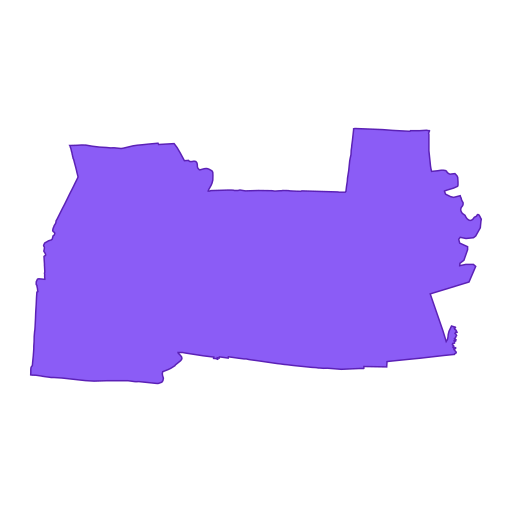 the district of Harsesti, Arges, Romania
{"feature_id": "2599482B5043651668423", "entity_name": "Harsesti", "entity_type": "district", "adm_level": 2, "iso_a3": "ROU", "parent_name": "Romania", "parent_adm1": "Arges", "projection": "albers", "projection_center": [24.789, 44.52], "detail": "fine", "context": "isolated", "style": "filled", "palette": "violet", "viewbox_px": 512, "rotation_deg": 0, "n_neighbors": 0, "source": "geoboundaries", "source_scale": "gbopen_adm2", "svg_char_len": 5857}
<svg xmlns="http://www.w3.org/2000/svg" viewBox="0 0 512 512"><path d="M420.2,358.2L443.7,355.5L454.5,354.4L454.6,353.8L456.2,352.8L456.1,352.0L454.0,349.6L454.4,349.1L455.3,348.7L455.7,348.1L455.6,347.7L454.9,347.9L453.6,348.1L452.9,347.1L453.3,346.8L453.7,346.9L453.9,346.8L453.7,345.9L453.1,345.5L452.4,344.6L452.7,343.5L453.2,343.6L454.5,343.1L454.5,342.2L454.1,340.5L454.5,340.4L455.6,341.0L456.0,339.7L454.5,338.7L455.8,337.1L455.8,336.5L456.6,335.6L456.0,334.4L455.0,333.4L455.6,332.5L457.7,332.3L457.1,332.2L456.1,331.7L456.4,330.9L455.8,329.9L454.8,329.4L454.3,328.1L454.7,327.9L455.1,328.0L455.5,327.5L455.4,327.2L451.5,326.0L449.0,331.3L448.2,334.6L448.0,337.0L447.5,339.4L446.2,341.5L442.9,330.7L430.2,293.9L469.0,282.0L475.7,266.4L473.4,264.4L465.8,264.4L459.7,265.7L459.9,263.3L463.9,260.3L467.6,249.7L467.6,246.7L459.7,243.1L458.7,239.3L460.2,237.3L466.0,238.5L473.5,237.7L475.7,236.0L480.3,227.8L480.9,221.5L481.3,219.1L480.7,218.3L480.4,217.4L480.0,216.7L479.4,215.6L479.0,215.0L478.5,214.7L477.8,214.5L477.3,214.8L476.5,216.1L475.9,216.5L474.4,217.2L474.0,217.7L472.9,219.2L471.6,220.1L470.8,220.4L469.8,220.4L468.7,220.0L467.1,218.8L466.0,217.3L465.0,215.3L463.6,214.3L462.5,213.5L461.9,212.8L461.5,212.1L461.1,211.3L460.8,210.4L460.7,209.4L461.0,208.2L461.3,207.4L462.4,206.0L463.0,204.8L463.1,203.3L463.1,202.8L462.8,202.2L461.9,200.6L461.6,199.9L461.3,198.9L461.2,198.2L460.6,197.1L460.2,195.7L453.6,197.4L450.5,196.6L445.6,194.2L444.5,191.5L444.5,191.0L447.3,190.0L453.6,188.1L457.6,186.3L458.0,185.1L458.0,182.0L457.7,177.4L457.1,176.0L455.7,174.4L454.9,173.6L451.4,174.0L450.1,174.2L449.3,173.9L448.2,173.3L447.5,172.6L447.2,172.3L446.7,171.7L446.6,171.3L445.7,170.6L444.0,170.3L443.2,170.2L441.4,170.2L439.9,170.4L437.3,170.8L431.6,171.4L430.9,168.5L430.5,166.0L428.9,150.7L428.9,134.4L428.6,133.2L429.5,130.8L429.3,130.6L428.1,130.6L426.9,130.3L425.9,130.3L419.4,130.7L410.4,130.7L409.9,131.3L392.8,130.4L382.7,129.6L354.9,128.5L353.6,128.8L353.6,129.8L352.4,140.8L351.7,146.0L351.7,146.8L351.2,150.2L351.0,154.6L350.2,158.2L349.7,160.9L348.7,170.7L347.5,178.2L347.3,181.4L346.5,186.5L346.0,190.9L345.9,191.4L345.5,191.9L345.2,192.2L338.9,192.2L338.3,192.0L336.1,191.9L301.8,190.9L300.9,191.3L296.2,191.2L290.1,190.9L288.2,190.6L282.7,190.5L281.9,190.7L279.2,190.8L274.9,191.1L271.9,190.7L258.3,190.5L245.4,190.9L239.9,190.0L238.0,190.5L234.4,190.5L233.4,190.2L231.5,190.1L227.4,190.1L210.9,190.6L209.5,191.1L208.2,191.1L208.2,190.9L208.7,189.6L211.1,185.3L212.0,183.2L212.8,180.1L212.9,175.5L212.8,172.5L212.5,171.7L211.9,170.8L209.2,169.3L207.7,168.7L206.4,168.5L204.9,168.6L203.5,168.9L199.8,169.9L199.2,169.6L198.0,168.4L197.4,166.9L197.3,164.7L197.0,163.1L196.5,162.3L195.8,161.5L194.6,161.2L193.4,161.2L192.3,161.5L190.8,161.6L189.6,161.4L188.7,160.7L188.5,160.4L184.4,160.7L180.2,152.9L177.1,147.6L174.1,143.6L158.6,144.5L158.0,143.2L148.4,144.1L141.8,144.8L137.4,145.2L133.2,145.8L123.2,148.2L121.1,148.5L114.1,147.8L110.3,147.9L106.8,147.5L99.5,147.1L92.2,146.2L85.9,145.1L81.6,145.0L76.9,145.3L69.8,145.5L70.0,145.8L70.4,147.4L70.8,148.3L71.3,150.4L71.5,151.3L71.7,151.9L71.9,152.5L72.2,154.4L72.4,154.9L72.6,156.2L73.0,157.6L73.1,158.4L73.3,158.8L73.6,159.3L73.7,159.5L73.9,160.4L74.2,161.5L74.4,162.4L75.8,167.6L76.7,171.3L76.7,171.5L78.0,176.6L77.9,177.5L74.7,183.9L73.7,186.0L71.7,190.0L70.7,191.9L69.0,195.3L67.8,197.8L64.6,204.3L62.3,208.7L57.1,219.1L56.1,220.8L56.0,221.7L55.8,222.8L55.6,223.4L54.2,225.6L53.8,226.8L53.5,227.4L53.1,228.5L52.9,229.2L52.8,230.0L52.7,230.5L52.8,230.9L53.1,231.4L53.4,231.7L54.1,232.2L54.6,232.7L54.7,233.0L54.8,233.3L54.7,233.7L54.6,234.0L54.2,235.1L53.1,235.8L52.2,239.2L51.1,240.0L48.5,240.8L46.3,242.1L45.1,242.7L44.7,243.1L44.5,243.3L44.1,244.4L43.9,244.7L43.7,245.1L43.6,245.4L43.6,245.5L43.7,246.0L44.3,246.9L44.4,247.6L44.3,248.8L44.1,249.9L43.9,250.7L43.9,251.3L44.0,251.6L44.4,252.0L44.6,252.4L44.8,252.8L45.1,253.3L45.5,254.1L45.6,254.5L45.6,254.9L45.5,255.2L45.5,255.4L45.3,255.6L44.4,256.0L44.2,256.2L44.0,256.5L44.0,257.0L44.1,257.7L44.2,260.1L44.3,261.6L44.5,264.6L44.4,264.9L44.5,265.9L44.8,271.6L44.7,272.6L44.5,273.0L44.5,273.6L44.7,274.6L44.7,275.2L44.6,276.1L44.8,278.3L44.8,278.8L44.8,279.3L44.6,279.3L43.1,279.2L41.4,279.0L39.8,278.9L39.1,278.8L38.0,278.9L37.7,279.1L37.4,279.3L37.2,279.7L36.7,280.9L36.5,281.2L36.3,281.6L36.2,282.9L36.2,284.2L36.3,284.7L36.9,285.3L37.0,286.5L37.4,288.2L37.7,290.7L37.9,291.4L37.9,291.6L37.7,291.8L36.9,292.1L36.5,297.8L36.2,304.7L35.7,312.7L35.6,315.4L35.5,318.4L35.1,326.4L34.9,329.6L34.6,331.6L34.2,336.3L34.1,341.7L33.8,346.2L33.8,348.5L33.6,351.5L33.5,352.9L33.4,354.1L33.3,355.7L32.9,359.7L32.6,362.6L32.5,364.2L32.4,364.8L32.4,365.5L31.6,366.5L31.2,367.1L31.1,367.4L31.0,367.7L31.0,368.0L30.9,368.5L30.8,369.5L30.8,371.4L30.8,372.0L30.8,372.8L30.7,374.1L30.7,374.9L32.2,375.1L35.7,375.2L41.3,376.0L42.5,376.3L43.4,376.4L44.6,376.6L49.3,377.2L51.0,377.5L53.5,377.5L53.8,377.5L61.9,378.0L85.4,380.6L94.1,381.1L107.1,380.7L128.0,380.7L134.6,381.6L136.1,381.7L138.1,381.6L139.1,381.6L157.2,383.5L158.5,383.4L161.8,382.2L162.9,380.7L163.4,378.2L162.6,375.7L162.3,373.7L162.7,371.7L168.3,369.5L170.8,368.3L174.9,365.7L175.4,364.9L180.5,360.8L181.4,359.7L181.9,358.7L181.8,357.7L181.5,356.7L179.8,354.7L178.3,353.3L178.1,352.5L182.7,352.5L185.2,353.0L203.3,355.8L213.8,357.1L213.6,358.4L217.2,358.7L217.2,359.2L217.7,359.3L217.9,359.1L218.0,358.7L217.4,358.5L217.3,357.7L219.3,358.0L219.4,356.9L221.2,357.1L228.2,358.1L228.4,356.8L234.2,357.6L238.5,358.2L243.9,358.9L246.2,358.9L248.8,359.5L250.8,359.8L258.3,360.8L277.4,363.6L280.4,363.9L284.5,364.5L287.1,364.7L293.4,365.5L312.1,367.4L316.1,367.6L318.6,368.0L319.9,368.0L323.5,368.3L327.3,368.2L341.3,369.3L359.4,368.5L363.6,368.5L363.8,368.4L363.9,366.5L386.7,366.9L387.0,361.6L390.1,361.2L409.9,359.2L420.2,358.2Z" fill="#8b5cf6" stroke="#5b21b6" stroke-width="1.5"/></svg>